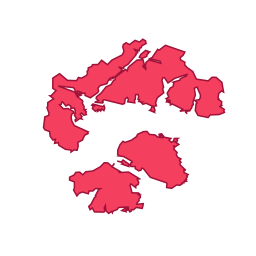 Hadsel nor, Nordland, Norway (Mercator projection), rotated 198°
{"feature_id": "86288312B40270143357623", "entity_name": "Hadsel nor", "entity_type": "district", "adm_level": 2, "iso_a3": "NOR", "parent_name": "Norway", "parent_adm1": "Nordland", "projection": "mercator", "projection_center": [15.018, 68.501], "detail": "fine", "context": "isolated", "style": "filled", "palette": "rose", "viewbox_px": 256, "rotation_deg": 198, "n_neighbors": 0, "source": "geoboundaries", "source_scale": "gbopen_adm2", "svg_char_len": 5887}
<svg xmlns="http://www.w3.org/2000/svg" viewBox="0 0 256 256"><g transform="rotate(198 128 128)"><path d="M97.4,217.8L118.0,218.2L122.4,211.7L124.1,212.0L126.8,202.5L128.6,200.7L118.0,201.4L116.8,199.7L129.1,199.2L131.1,196.0L130.7,191.9L131.2,190.8L128.7,190.7L130.0,190.6L129.5,189.4L132.8,191.1L132.9,192.8L132.1,191.4L131.7,192.8L134.8,197.5L140.3,195.5L145.6,187.3L146.5,185.2L146.3,182.2L148.5,182.9L155.5,172.8L155.3,169.7L156.4,168.9L157.6,164.0L161.6,160.3L164.4,152.8L167.6,147.9L167.4,146.1L164.4,145.0L167.7,142.2L159.9,143.9L159.6,145.0L160.7,145.8L159.7,147.5L140.6,148.9L138.9,150.2L139.6,155.0L138.1,156.9L136.4,155.2L136.4,152.8L129.3,154.0L130.5,156.5L129.9,157.4L131.1,162.1L128.9,162.9L127.7,161.5L127.3,158.3L125.8,158.5L126.1,156.5L122.4,157.1L123.2,156.2L121.2,155.2L118.5,157.1L111.8,156.3L112.0,152.5L112.9,151.5L107.8,151.1L108.3,151.6L107.6,152.7L109.4,155.5L111.4,156.2L107.8,157.9L109.5,160.4L109.5,165.8L104.9,172.5L107.1,175.9L106.8,177.9L110.4,183.7L110.4,186.6L108.8,187.1L103.9,183.2L98.9,189.7L87.9,197.7L88.9,196.3L88.5,195.6L93.5,191.1L93.4,189.6L99.4,185.4L98.3,185.1L98.0,181.3L100.2,179.0L101.5,173.2L98.8,170.0L100.8,167.7L99.8,167.6L99.5,164.7L96.7,166.5L98.7,167.2L96.7,167.2L96.4,166.4L97.2,164.9L95.5,165.0L94.8,163.0L93.3,164.5L81.7,162.8L83.9,160.0L77.1,163.1L78.2,161.0L76.3,159.8L77.2,160.6L77.2,162.3L74.6,163.3L73.6,167.3L73.9,169.6L73.0,170.3L74.3,172.7L74.1,180.1L77.2,186.3L75.1,188.3L69.5,182.1L68.6,179.3L69.0,177.0L73.1,174.8L70.1,173.4L70.7,172.0L69.4,165.3L65.3,161.6L55.1,162.7L53.8,165.9L45.6,168.9L41.1,172.6L42.3,174.1L42.1,175.4L46.9,176.7L46.2,177.8L46.9,177.5L46.3,179.3L47.1,182.0L51.1,183.2L50.7,183.8L51.7,184.6L52.4,188.8L50.5,192.2L48.2,191.7L52.8,200.4L59.9,203.4L63.8,202.2L66.3,197.6L78.1,195.6L83.8,201.7L90.8,203.9L93.7,205.7L94.2,208.1L99.2,209.1L100.1,211.0L98.1,214.1L97.4,217.8ZM158.2,206.0L158.0,203.5L155.6,199.7L156.0,195.8L164.4,187.5L167.1,181.9L174.0,184.3L176.2,179.1L181.3,177.3L181.7,175.2L184.4,172.9L183.7,170.6L184.4,169.4L183.3,166.9L183.7,165.1L187.8,160.9L190.7,160.8L191.6,157.1L200.3,154.6L209.9,158.5L214.9,152.2L211.8,142.5L208.0,141.4L211.1,134.9L212.2,134.5L207.8,132.8L212.2,127.4L211.1,123.9L211.4,122.3L207.7,117.7L207.4,115.4L210.5,112.9L208.5,102.4L206.6,100.6L201.4,100.4L199.5,96.1L195.7,93.3L193.6,94.9L193.1,90.7L189.8,92.5L188.3,90.1L180.9,88.4L175.4,89.4L174.8,87.5L172.6,90.5L169.5,91.1L169.8,95.4L171.2,98.9L167.6,102.4L167.0,107.7L164.3,110.3L165.0,111.0L164.5,112.0L179.8,113.7L183.8,117.5L185.6,121.3L185.6,124.3L184.2,125.4L185.2,126.9L191.1,128.0L195.3,126.3L200.4,128.8L198.8,129.9L199.0,132.2L198.3,132.6L193.8,129.7L192.1,131.8L189.1,131.1L188.4,129.1L185.2,130.4L183.6,128.2L182.6,125.3L182.8,123.4L179.9,121.3L180.9,119.2L179.9,118.0L176.8,122.1L174.6,122.3L175.8,123.1L175.3,124.7L177.7,126.3L176.8,128.0L174.0,126.5L171.7,127.9L172.9,129.4L172.6,130.4L174.3,131.3L173.8,132.5L175.7,131.9L176.4,134.9L179.2,137.5L179.1,139.1L180.0,140.1L185.9,142.1L189.5,145.7L207.4,146.3L192.2,149.6L185.1,142.8L182.9,144.6L187.2,145.4L187.2,147.6L183.7,147.5L185.5,146.0L184.6,145.2L179.7,147.9L178.9,145.7L173.1,145.1L167.8,152.2L167.3,154.0L168.9,156.5L167.7,159.7L161.8,163.6L161.3,167.8L159.5,168.3L160.7,169.4L158.4,171.6L158.3,170.0L157.5,170.6L151.2,181.3L155.7,183.3L150.5,183.3L150.9,185.0L147.7,188.5L142.9,200.3L143.6,201.2L142.1,202.5L142.4,204.2L144.4,203.5L146.1,204.8L141.2,205.0L141.5,207.6L140.3,208.4L140.1,210.7L136.9,213.9L138.2,216.3L141.4,217.0L143.5,213.3L148.4,213.5L152.3,207.8L156.2,208.5L158.2,206.0ZM72.9,83.3L67.9,84.1L64.1,88.9L61.0,89.5L59.2,91.7L59.7,92.4L57.9,93.1L58.3,93.9L56.1,95.4L57.7,95.8L56.3,97.0L57.0,97.9L56.5,99.9L57.4,100.6L56.4,102.3L60.8,102.9L61.9,105.0L60.8,105.2L60.5,105.9L67.1,109.1L67.7,111.3L67.0,111.8L69.2,113.3L68.1,114.9L72.1,115.7L73.9,117.8L73.7,119.9L77.9,122.0L77.7,124.0L79.5,125.1L77.3,124.8L74.6,128.1L79.4,129.5L77.4,130.0L77.1,131.6L78.0,132.8L77.4,133.5L80.7,132.4L80.8,129.0L82.3,127.8L85.3,129.2L84.0,131.3L91.0,130.4L91.4,131.0L94.0,132.8L92.1,129.5L95.1,128.9L94.3,130.6L95.4,131.6L94.5,131.7L94.6,132.7L96.5,131.6L95.3,129.2L96.9,128.5L100.1,129.8L105.7,128.5L109.0,130.6L112.1,129.4L117.0,124.9L117.2,122.5L120.8,117.7L126.4,113.3L128.7,113.8L130.4,109.7L130.9,103.8L129.7,99.8L128.4,99.1L128.8,98.5L123.3,99.5L113.9,97.5L113.5,97.1L114.5,95.5L113.9,92.7L113.5,92.3L109.1,93.5L108.6,91.6L104.5,90.6L102.7,91.8L102.4,94.1L100.8,94.1L91.6,88.0L74.6,87.8L73.7,87.1L72.9,83.3ZM138.8,38.6L137.2,40.9L134.0,37.8L124.9,40.6L124.4,42.2L125.9,44.6L125.6,47.2L123.4,42.4L120.0,40.8L117.7,43.6L116.7,42.6L116.7,44.1L113.1,47.1L112.3,49.6L103.4,52.9L102.7,51.3L105.5,51.2L108.4,47.6L104.0,47.8L104.6,48.6L103.6,49.4L104.4,49.7L103.1,51.0L100.4,48.8L99.3,49.7L99.6,51.3L97.5,51.9L95.6,55.0L89.7,55.9L89.7,58.0L90.1,60.8L96.0,58.2L96.2,59.8L95.0,62.3L95.6,63.9L94.8,65.8L95.3,67.4L97.5,67.5L98.3,68.4L96.6,68.9L98.2,69.4L104.2,67.6L108.4,74.3L108.0,75.7L102.2,73.7L102.7,75.8L100.9,77.4L101.0,79.7L103.4,82.1L101.4,83.2L113.8,86.3L122.4,83.0L122.8,83.4L121.6,84.1L131.2,86.2L130.1,89.4L130.3,89.5L131.2,86.3L136.4,88.6L139.9,87.6L142.3,82.6L148.1,76.3L154.7,73.3L156.6,69.5L160.2,71.1L163.9,69.7L164.8,66.6L168.3,63.2L167.5,60.4L162.4,60.2L160.5,54.7L160.6,52.2L155.6,47.6L154.3,50.8L151.6,53.0L145.4,53.2L145.6,56.0L141.9,57.3L140.3,60.3L135.6,61.7L137.0,60.1L138.1,53.6L137.4,52.8L138.4,51.4L139.6,44.2L141.1,41.2L138.8,38.6ZM164.2,133.8L162.1,136.4L162.0,134.5L160.1,136.7L159.2,135.8L158.7,138.0L156.3,137.1L156.2,139.7L157.8,142.0L158.7,140.5L168.8,140.0L169.5,138.5L166.1,138.9L168.0,137.9L167.9,135.5L164.2,133.8ZM136.2,198.4L132.3,201.9L132.6,203.5L131.7,205.4L132.2,205.8L130.9,207.1L135.1,207.3L138.6,201.9L139.1,198.8L136.2,198.4ZM122.4,91.8L115.3,91.6L115.7,93.1L115.0,93.6L122.8,96.0L123.8,93.6L128.1,93.2L123.7,93.4L121.6,92.4L122.4,91.8Z" fill="#f43f5e" stroke="#9f1239" stroke-width="1.5"/></g></svg>